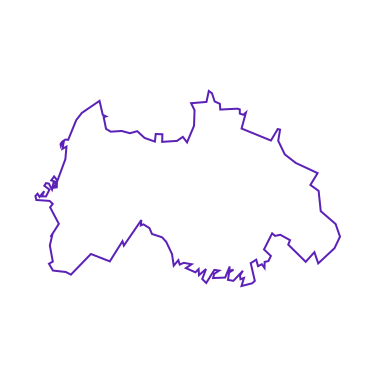 the district of Cungrea, Olt, Romania, rotated 100°
{"feature_id": "2599482B31461522187781", "entity_name": "Cungrea", "entity_type": "district", "adm_level": 2, "iso_a3": "ROU", "parent_name": "Romania", "parent_adm1": "Olt", "projection": "robinson", "projection_center": [24.401, 44.69], "detail": "medium", "context": "isolated", "style": "outline", "palette": "violet", "viewbox_px": 384, "rotation_deg": 100, "n_neighbors": 0, "source": "geoboundaries", "source_scale": "gbopen_adm2", "svg_char_len": 1937}
<svg xmlns="http://www.w3.org/2000/svg" viewBox="0 0 384 384"><g transform="rotate(100 192 192)"><path d="M287.5,320.4L293.5,315.3L292.7,302.4L294.4,296.9L270.6,280.8L274.6,260.9L252.5,251.9L256.6,249.8L228.4,237.0L233.8,236.6L232.3,234.2L234.9,227.7L240.3,224.1L241.8,213.6L245.6,208.7L256.6,200.9L267.7,197.2L261.5,193.6L265.6,191.5L263.2,187.8L263.2,179.8L268.0,184.8L270.5,174.7L266.8,172.1L272.7,170.7L265.4,164.8L275.9,166.8L279.1,162.2L264.8,156.4L264.7,151.6L268.7,155.9L273.1,156.3L270.5,144.5L258.8,141.9L263.0,141.7L261.4,137.6L264.8,141.5L272.3,141.3L272.3,135.8L260.7,128.2L265.8,130.3L269.5,129.1L267.6,125.9L276.0,126.9L271.4,116.8L268.6,114.7L251.9,121.8L247.5,117.0L253.6,114.1L251.0,110.7L254.2,107.4L248.2,108.3L246.8,104.8L241.3,103.2L236.1,111.1L218.8,105.9L220.8,102.6L218.8,97.6L222.4,87.1L227.1,88.1L241.0,67.9L230.0,61.0L240.4,55.3L222.6,41.9L210.3,38.5L198.6,45.0L188.5,61.9L168.9,67.5L164.5,76.6L151.6,71.6L145.4,94.8L138.9,107.1L126.6,116.0L115.3,116.1L115.1,118.5L127.6,123.2L120.9,154.2L104.4,152.7L107.0,154.8L106.5,158.5L102.3,159.3L102.1,161.9L105.9,178.5L100.3,179.9L98.9,185.4L91.4,189.4L89.6,193.0L100.8,193.4L104.7,208.3L111.0,203.7L126.4,201.5L144.0,205.5L139.3,210.6L144.3,215.7L147.8,230.1L140.3,231.2L141.2,237.8L148.8,237.3L147.0,248.1L141.6,256.5L144.9,263.3L144.1,271.8L146.7,282.5L144.8,287.6L133.6,292.0L132.5,289.8L131.5,293.3L118.3,298.9L133.2,314.2L141.3,318.5L162.1,323.0L162.4,325.9L164.9,328.5L167.6,329.8L169.2,329.2L165.5,328.3L165.0,327.0L172.0,327.1L169.1,323.5L181.6,322.4L204.2,326.5L200.6,330.5L205.0,332.6L205.8,326.7L210.9,326.0L211.8,328.9L206.9,327.2L206.8,330.0L213.9,330.3L208.6,334.4L208.6,337.3L211.5,338.5L214.4,332.8L221.7,335.0L222.4,339.2L216.9,337.7L223.3,341.3L220.5,343.8L223.2,345.5L226.9,343.9L225.5,330.7L227.9,327.1L231.7,329.1L246.5,317.6L260.6,323.5L259.5,322.2L269.4,322.7L284.7,317.0L287.5,320.4Z" fill="none" stroke="#5b21b6" stroke-width="2"/></g></svg>